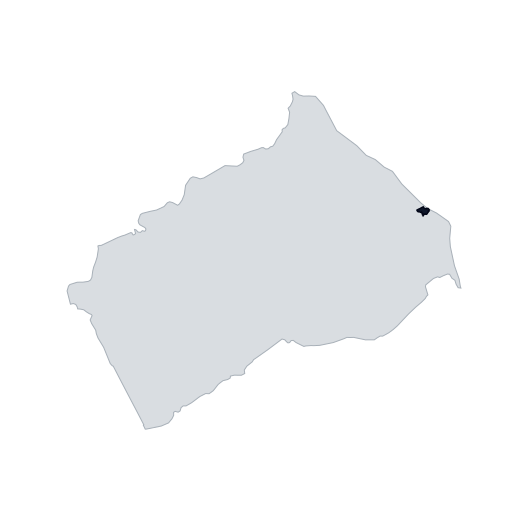 Shama, Western, Ghana shown in context, rotated 243°
{"feature_id": "2480657B99130964172058", "entity_name": "Shama", "entity_type": "district", "adm_level": 2, "iso_a3": "GHA", "parent_name": "Ghana", "parent_adm1": "Western", "projection": "orthographic", "projection_center": [-1.669, 5.06], "detail": "fine", "context": "in_parent", "style": "filled", "palette": "ink", "viewbox_px": 512, "rotation_deg": 243, "n_neighbors": 0, "source": "geoboundaries", "source_scale": "gbopen_adm2", "svg_char_len": 4589}
<svg xmlns="http://www.w3.org/2000/svg" viewBox="0 0 512 512"><g transform="rotate(243 256 256)"><path d="M310.6,71.8L314.3,75.3L315.1,77.3L313.8,84.8L311.2,90.1L309.5,95.1L309.7,97.6L311.4,100.0L317.0,103.9L319.9,106.4L323.3,110.2L327.2,114.0L333.9,118.8L336.7,119.7L336.6,121.1L335.7,122.9L335.2,141.1L334.7,145.8L334.2,148.2L333.7,155.0L333.0,155.9L331.7,155.9L330.5,156.1L330.3,157.5L330.7,158.9L334.8,159.8L333.9,160.9L330.9,161.8L329.5,163.8L330.2,166.2L328.5,168.1L329.0,169.3L330.1,170.2L331.8,169.9L336.5,166.7L338.4,166.4L340.9,167.0L345.4,171.8L345.6,174.1L343.8,182.1L342.1,188.3L341.8,196.6L343.7,201.2L343.5,203.7L341.4,206.0L336.8,209.2L337.1,211.3L339.3,215.4L343.2,219.9L351.0,225.4L355.1,232.7L355.2,235.7L352.8,238.7L350.1,241.2L349.2,245.0L350.6,269.4L344.5,280.0L344.5,283.0L345.1,286.5L346.7,288.7L349.9,289.2L352.4,291.3L351.6,298.7L350.2,306.3L350.0,310.0L349.3,311.7L346.9,313.2L346.0,315.6L346.7,318.5L346.2,320.7L347.5,323.5L350.3,327.1L354.8,335.8L356.6,336.5L357.3,338.3L356.9,340.1L358.6,344.0L363.6,347.8L368.8,351.2L373.1,351.7L374.1,354.7L376.9,358.5L378.9,360.2L382.1,361.3L384.7,361.9L384.9,365.1L380.1,367.4L377.0,370.7L374.5,375.9L371.2,381.5L359.5,384.5L355.0,384.5L331.0,384.8L308.5,395.9L295.6,399.9L287.7,406.1L276.9,410.6L269.5,416.0L253.9,418.6L228.4,427.0L220.5,430.4L212.4,436.3L199.3,443.2L194.1,443.1L183.8,436.6L176.1,433.4L157.2,428.4L143.1,426.5L136.3,424.3L134.4,424.0L136.0,421.7L140.0,421.5L144.1,422.2L147.2,420.5L151.8,420.2L153.0,418.4L153.4,413.7L153.4,410.0L155.0,408.3L155.4,403.9L153.2,394.1L151.6,393.0L143.3,391.5L142.7,389.6L141.3,387.5L139.7,382.5L137.9,375.0L135.1,365.6L129.6,350.2L128.2,344.8L127.3,339.3L127.1,332.6L128.3,330.2L128.1,326.8L127.6,323.4L131.5,315.6L139.2,306.0L140.8,302.5L142.2,300.1L142.4,296.7L143.8,285.5L147.5,272.1L149.8,267.0L151.3,264.2L153.2,259.7L153.7,257.6L160.7,252.4L163.9,250.9L164.7,248.9L163.6,246.6L164.1,245.0L165.7,244.3L168.3,243.6L170.2,241.5L167.3,224.9L164.9,208.3L164.8,206.9L163.4,204.6L162.0,197.8L159.7,193.8L156.4,192.6L156.4,188.8L159.7,182.5L160.6,178.7L159.0,177.6L158.8,174.7L159.9,170.0L159.4,167.1L158.8,164.1L155.4,156.8L154.6,151.7L156.3,148.7L156.3,142.1L154.5,132.0L154.2,125.6L155.5,123.0L154.9,120.4L152.4,118.0L152.2,115.7L154.3,113.4L154.1,111.6L151.4,110.3L149.1,107.2L147.0,102.3L147.5,94.4L151.5,79.9L152.0,78.7L156.4,78.8L156.5,79.4L170.4,79.3L186.3,79.1L205.4,78.9L222.7,78.8L223.4,78.1L226.3,77.3L243.8,78.8L254.7,78.0L259.3,78.5L262.7,79.5L270.3,78.9L274.3,79.2L277.3,82.9L278.6,82.8L280.3,81.3L283.3,79.5L286.3,78.1L288.5,75.3L289.8,73.1L291.8,73.6L294.7,73.4L296.6,71.6L297.3,68.8L310.6,71.8Z" fill="#d9dde1" stroke="#a8b0b8" stroke-width="1"/><path d="M223.8,420.2L222.6,420.2L222.3,420.3L222.2,420.4L222.1,420.6L221.9,420.6L221.8,420.8L221.7,420.9L221.5,421.0L221.5,421.3L221.6,421.5L221.4,421.6L221.2,421.7L221.0,421.8L220.9,421.9L220.9,422.0L220.7,422.1L220.8,422.2L220.8,422.3L221.0,422.4L220.8,422.4L220.7,422.4L220.3,422.4L220.2,422.5L220.0,422.8L220.0,423.0L219.9,423.0L219.8,423.3L219.8,423.5L219.7,423.6L219.4,423.6L219.5,423.6L219.4,423.5L219.2,423.5L219.2,423.4L218.9,423.3L218.7,423.3L218.4,423.4L218.3,423.5L218.3,423.4L218.2,423.4L217.9,423.3L217.7,423.4L217.7,423.2L217.4,423.2L217.3,423.3L217.2,423.2L217.1,423.3L217.0,423.2L216.9,423.2L216.9,423.3L216.8,423.2L216.7,423.2L216.7,423.3L216.7,423.2L216.4,423.2L216.2,423.1L215.9,423.1L216.0,423.1L215.9,423.1L215.9,423.3L216.0,423.4L216.1,423.5L216.3,423.8L216.5,423.9L216.6,424.0L216.7,424.3L216.8,424.4L216.8,424.5L216.7,424.6L216.7,424.8L216.7,425.1L216.6,425.3L216.6,425.5L216.6,425.8L216.8,425.9L216.8,426.0L216.6,426.1L216.4,426.1L216.2,426.1L216.0,426.4L216.0,426.5L216.0,426.8L215.9,426.9L215.8,427.0L216.0,427.3L216.0,427.5L216.0,427.8L216.1,428.0L216.4,428.0L216.5,428.1L216.6,428.3L216.7,428.5L216.8,428.6L216.8,429.1L217.0,429.3L217.0,429.5L217.3,429.8L217.5,429.8L217.8,429.9L217.8,430.0L217.7,430.2L217.6,430.3L217.5,430.5L217.8,430.6L218.0,430.9L218.3,430.9L218.4,431.1L218.5,431.1L218.4,431.2L218.4,431.3L218.6,431.3L218.7,431.2L218.8,431.2L219.0,431.2L219.3,431.1L219.6,431.1L219.8,431.0L220.0,431.0L220.2,430.9L220.2,430.6L220.3,430.5L220.5,430.4L220.7,430.2L220.8,430.0L220.8,429.9L220.9,429.7L220.7,429.4L220.8,429.3L220.8,429.2L221.0,429.0L221.0,428.9L221.1,428.7L221.2,428.4L221.3,428.3L221.3,428.2L221.5,428.0L221.7,427.9L221.8,427.9L222.1,427.7L222.3,427.6L222.5,427.5L222.9,427.4L223.0,427.4L223.4,427.4L223.7,427.3L223.9,427.3L223.9,426.6L223.9,425.4L223.8,423.4L223.9,422.6L223.9,421.0L223.8,420.2Z" fill="#0f172a" stroke="#020617" stroke-width="1.5"/></g></svg>